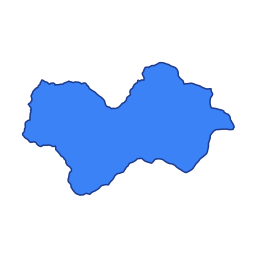 Serthig, Samdrup Jongkhar, Bhutan (Robinson projection), rotated 352°
{"feature_id": "84629894B58083807854661", "entity_name": "Serthig", "entity_type": "district", "adm_level": 2, "iso_a3": "BTN", "parent_name": "Bhutan", "parent_adm1": "Samdrup Jongkhar", "projection": "robinson", "projection_center": [91.922, 27.007], "detail": "fine", "context": "isolated", "style": "filled", "palette": "blue", "viewbox_px": 256, "rotation_deg": 352, "n_neighbors": 0, "source": "geoboundaries", "source_scale": "gbopen_adm2", "svg_char_len": 5702}
<svg xmlns="http://www.w3.org/2000/svg" viewBox="0 0 256 256"><g transform="rotate(352 128 128)"><path d="M231.8,144.0L232.4,142.9L233.3,141.8L232.9,139.8L232.2,137.7L231.4,136.0L231.2,135.2L230.7,134.3L230.6,133.2L230.5,130.8L229.2,128.4L228.0,127.9L227.4,127.5L226.4,126.6L225.5,126.1L225.2,124.6L223.6,123.4L221.5,122.6L219.8,121.9L217.9,121.0L215.9,120.4L213.4,119.7L213.1,119.1L213.0,118.1L212.8,117.5L212.7,115.1L213.0,112.7L213.9,109.6L215.1,108.4L216.3,106.9L216.5,106.0L216.4,105.1L215.8,104.1L215.6,103.1L215.6,100.7L210.8,100.2L208.5,98.8L207.3,98.2L205.0,96.3L201.6,94.8L198.4,93.0L197.4,92.6L196.4,92.4L193.4,92.4L191.5,92.2L189.8,92.4L189.4,91.5L189.4,90.6L189.0,88.8L186.5,86.0L185.8,84.6L185.1,83.7L185.4,79.7L185.2,78.2L184.5,76.5L184.0,75.8L183.5,74.9L181.1,73.5L178.9,72.4L177.3,70.9L175.2,70.0L173.4,69.0L172.0,68.4L169.8,67.8L167.9,67.8L166.2,68.6L162.6,69.8L160.4,69.5L158.5,70.1L157.4,70.5L157.2,70.8L156.7,70.8L156.0,70.5L155.5,70.4L153.6,70.4L153.3,70.6L152.0,72.5L151.3,74.2L151.1,74.4L150.2,75.2L149.8,75.8L149.7,76.2L149.7,76.9L150.0,77.4L150.1,78.0L150.2,78.3L150.5,79.1L150.9,80.8L150.7,81.6L150.5,82.2L150.5,82.6L149.8,82.7L148.6,82.4L147.7,82.3L147.1,82.8L146.4,83.0L146.0,83.0L145.6,82.8L145.2,82.4L144.8,82.2L144.5,82.2L144.2,82.6L143.5,84.4L143.1,84.6L142.2,84.8L141.7,85.0L141.2,85.5L140.8,85.6L140.3,85.9L139.8,86.6L139.4,87.3L138.9,87.8L138.7,87.9L138.6,88.4L138.5,88.8L138.2,89.1L137.6,89.5L136.7,89.9L135.8,90.6L135.1,91.8L134.9,92.4L134.9,93.0L135.0,93.7L135.0,95.4L134.5,95.8L133.4,96.3L131.6,97.4L131.3,97.6L130.7,98.6L130.3,99.9L129.9,100.6L129.0,101.1L128.1,102.1L126.9,102.5L126.0,102.7L125.2,103.2L124.1,104.3L122.7,105.4L121.3,106.2L119.7,106.7L118.4,106.9L117.7,106.9L116.2,106.4L114.5,106.6L113.5,105.7L112.3,104.6L111.5,104.4L110.4,103.9L109.6,103.3L108.9,101.2L108.6,98.5L108.3,97.4L107.6,96.2L107.0,95.3L106.1,94.2L104.4,92.7L102.8,91.1L100.0,87.6L99.1,87.0L98.1,86.1L97.3,85.5L96.5,84.7L95.6,84.1L95.4,83.4L94.9,82.8L94.7,82.1L94.6,81.5L94.5,81.1L94.1,80.9L93.7,80.5L93.4,79.9L93.0,78.9L92.4,78.1L92.0,77.6L90.9,77.3L89.8,77.3L88.7,77.8L88.1,77.7L87.0,76.8L86.6,76.3L86.1,76.2L85.0,75.6L84.2,75.6L83.5,75.3L82.3,75.1L81.4,75.1L80.2,75.4L79.2,75.1L78.4,74.5L77.4,74.3L76.0,73.4L73.8,74.1L71.8,74.5L70.6,74.8L69.7,75.6L69.4,75.6L69.0,75.4L68.1,75.3L66.8,75.3L66.2,75.4L64.3,75.4L63.8,75.3L62.5,75.1L62.0,75.3L61.8,75.3L61.6,74.2L61.4,73.8L60.7,73.3L59.9,73.0L57.5,73.0L56.7,73.5L56.2,73.7L55.9,73.5L55.3,72.9L54.9,72.1L54.0,71.3L53.3,71.0L52.6,70.9L51.9,70.3L51.3,69.7L50.6,69.1L49.6,68.5L49.1,68.7L48.8,69.4L48.4,70.0L47.2,71.4L47.2,72.1L47.0,72.5L46.4,72.9L45.6,73.3L44.9,74.1L44.5,74.9L44.3,75.4L43.2,75.5L42.8,75.6L41.9,76.2L40.7,77.1L40.0,77.7L39.2,78.4L38.9,78.9L38.6,79.3L38.3,80.2L37.3,81.4L37.0,82.0L36.5,82.8L36.6,83.8L36.8,85.0L36.9,85.7L36.6,86.7L36.7,87.2L35.8,88.0L35.4,88.8L35.0,89.2L34.6,89.5L34.0,89.7L33.0,90.2L32.6,90.7L33.1,91.3L33.5,92.5L34.1,93.5L34.6,94.2L34.7,95.0L34.8,96.1L34.0,96.6L34.0,97.3L34.2,97.7L34.1,98.6L33.6,99.2L33.3,100.1L33.0,101.1L32.8,102.1L32.4,103.7L32.2,104.4L32.2,106.3L30.8,106.5L29.7,106.7L28.8,107.3L27.9,107.8L27.3,108.2L26.9,109.0L26.7,110.1L26.5,111.2L26.5,113.1L25.5,114.3L24.9,116.9L24.2,117.6L23.6,118.1L23.0,118.8L22.7,119.8L23.0,120.7L23.7,121.6L24.4,123.0L25.3,124.0L26.1,124.5L27.0,125.3L27.8,126.5L28.3,127.2L28.3,127.5L28.8,128.1L29.6,128.7L30.4,128.6L31.6,128.7L32.5,128.4L34.7,129.5L34.9,129.8L35.3,130.5L35.6,131.5L36.0,132.0L36.5,132.2L36.8,132.9L38.5,134.0L39.2,134.2L39.9,133.9L40.4,133.9L41.0,133.4L42.0,133.2L42.4,133.4L43.0,133.6L43.9,133.6L44.8,133.6L45.9,133.9L46.7,133.8L48.1,134.1L48.7,134.3L49.6,134.9L50.6,135.7L51.2,135.9L52.7,135.9L53.4,135.8L53.7,136.2L53.6,138.0L53.5,139.4L54.0,140.3L54.6,140.8L55.3,142.0L55.6,142.4L56.0,143.1L56.6,143.9L57.5,145.9L57.9,146.5L58.4,147.0L59.2,147.4L59.7,147.9L60.3,148.9L60.3,149.5L61.1,150.3L61.3,150.7L61.8,151.9L61.7,153.1L61.8,154.1L62.2,155.4L62.5,156.0L63.5,157.0L63.8,157.5L64.4,157.8L64.7,158.2L65.8,159.8L66.1,160.1L66.2,160.6L66.1,161.1L66.0,162.2L66.0,162.7L65.6,163.0L64.6,163.4L64.0,164.1L63.6,164.7L63.5,165.4L63.1,166.4L62.8,167.3L62.5,168.5L62.2,169.1L61.9,169.6L61.7,170.3L61.5,170.8L61.4,172.6L61.6,173.2L62.5,174.4L62.9,174.7L63.1,175.4L63.4,176.0L63.5,176.7L63.5,178.9L63.9,179.7L64.9,182.0L65.6,183.1L66.2,184.0L66.7,184.9L67.7,185.9L68.5,186.4L69.7,186.9L70.8,187.7L71.4,187.8L72.6,187.8L73.7,187.9L74.3,188.0L75.0,187.8L76.3,187.2L77.7,186.9L78.8,187.4L80.0,188.0L80.6,188.2L81.2,188.2L82.3,187.5L82.6,187.0L84.5,186.2L85.4,186.1L86.6,185.7L89.6,184.4L90.6,183.9L93.4,181.6L94.5,181.3L96.0,181.1L97.7,181.0L99.0,181.1L99.7,181.4L100.4,181.5L100.9,181.2L101.7,180.5L102.6,179.3L105.8,176.8L107.3,175.0L108.5,173.3L110.0,172.4L111.2,171.7L113.3,171.7L115.4,171.2L117.0,171.0L117.5,170.6L119.4,168.5L120.6,167.0L121.8,166.0L122.8,165.5L123.1,165.0L123.7,164.0L124.9,163.0L125.5,162.8L126.6,162.8L127.7,162.6L128.8,162.2L130.0,161.6L131.1,161.3L131.9,160.4L132.6,160.0L133.6,159.8L136.6,159.9L137.4,160.1L137.8,160.4L138.7,161.6L139.4,162.2L140.1,163.0L140.8,163.5L144.2,165.1L145.4,165.7L146.2,166.0L146.7,166.0L147.8,165.1L148.7,164.4L149.5,163.7L150.3,162.8L151.0,162.7L153.4,162.7L154.6,162.8L155.4,163.1L156.5,163.4L158.6,164.5L160.4,166.5L163.0,168.4L164.6,169.1L166.6,169.7L169.1,171.3L170.6,173.3L172.2,174.9L173.5,176.0L174.2,176.4L175.8,178.0L178.1,179.7L179.2,180.2L180.8,179.9L182.7,179.2L184.6,178.4L186.4,177.4L190.2,173.1L193.2,170.7L195.3,168.5L198.8,166.6L202.3,164.3L203.7,161.5L205.2,157.2L205.4,154.9L206.8,151.7L207.8,149.9L208.5,146.8L210.3,144.9L212.6,142.9L214.9,141.9L218.6,142.2L221.4,142.3L225.4,142.8L228.4,143.8L231.8,144.0Z" fill="#3b82f6" stroke="#1e3a8a" stroke-width="1.5"/></g></svg>